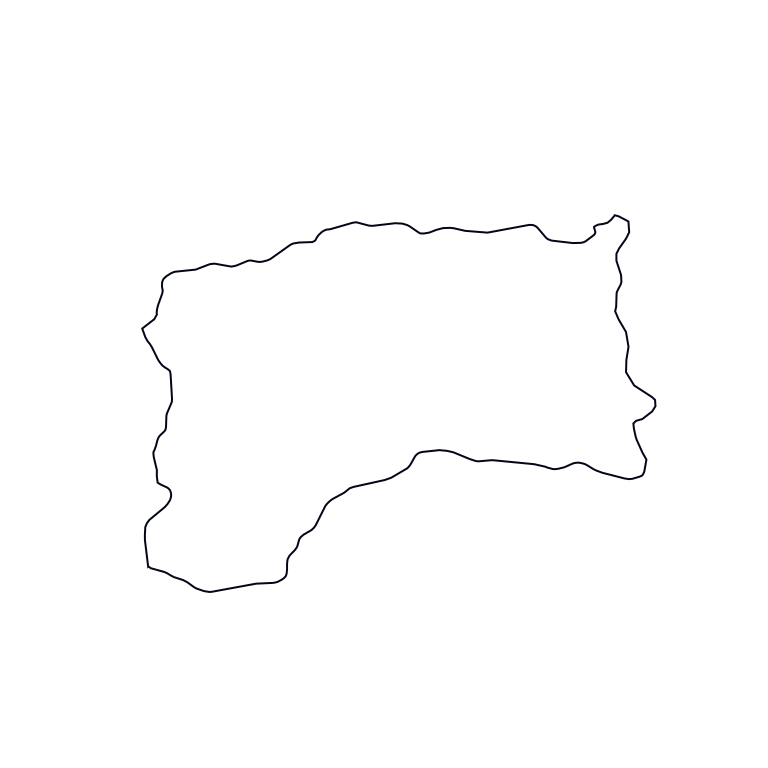 map outline of Salto (Robinson projection), rotated 157°
{"feature_id": "URY-10", "entity_name": "Salto", "entity_type": "Department", "adm_level": 1, "iso_a3": "URY", "parent_name": "Uruguay", "parent_adm1": "", "projection": "robinson", "projection_center": [-57.006, -31.312], "detail": "fine", "context": "isolated", "style": "outline", "palette": "ink", "viewbox_px": 768, "rotation_deg": 157, "n_neighbors": 0, "source": "natural_earth", "source_scale": "10m", "svg_char_len": 3272}
<svg xmlns="http://www.w3.org/2000/svg" viewBox="0 0 768 768"><g transform="rotate(157 384 384)"><path d="M166.4,251.6L169.9,250.2L171.4,245.2L172.9,237.3L173.2,233.8L172.9,220.0L172.0,211.8L178.7,201.6L180.1,200.3L182.0,198.9L184.8,198.8L192.5,199.7L195.6,200.7L199.4,203.0L217.6,216.9L222.3,221.3L224.4,223.7L229.1,230.3L230.4,231.8L232.3,233.4L235.6,235.6L238.2,236.5L240.7,237.0L250.6,236.9L256.3,237.8L259.3,238.6L261.6,239.6L266.2,243.2L267.9,244.9L277.1,251.5L314.1,271.6L327.5,276.0L329.7,277.3L333.8,280.9L334.0,281.0L346.8,294.0L352.2,297.9L358.9,301.5L375.7,306.6L378.5,306.9L380.4,306.6L382.0,306.1L383.5,305.4L391.1,299.5L393.8,298.0L395.6,297.3L414.0,294.9L420.7,295.3L452.4,301.2L456.4,301.4L463.0,299.5L476.5,298.2L479.9,297.3L483.0,296.1L485.6,294.7L502.0,280.7L504.6,279.1L507.8,277.9L517.1,276.7L520.4,275.6L521.8,274.8L523.0,273.8L527.0,268.7L528.2,267.6L531.0,265.9L537.3,263.3L538.6,262.5L541.0,260.5L542.0,259.1L543.6,256.1L545.7,251.2L547.3,248.2L548.3,246.8L549.4,245.6L551.4,244.6L554.1,243.9L559.2,243.4L562.0,243.8L564.2,244.4L579.8,250.2L624.1,260.1L626.0,260.8L630.6,263.7L636.3,268.8L638.3,271.3L642.4,278.2L645.6,282.1L652.8,288.3L654.8,290.7L657.6,294.6L659.8,296.9L670.2,305.2L670.5,305.4L672.1,308.0L672.5,307.9L665.0,333.9L663.0,338.7L659.6,345.6L656.7,348.4L653.1,350.6L633.7,356.4L630.0,358.2L626.1,360.9L624.0,363.6L622.9,365.9L622.6,367.8L622.5,369.8L623.1,371.8L624.1,373.5L628.5,378.3L630.9,381.6L629.2,387.8L626.7,393.5L624.6,406.1L623.7,409.4L622.7,411.6L621.4,412.6L618.0,416.2L615.2,420.0L613.4,422.0L611.7,423.4L610.2,424.2L605.0,426.1L603.0,427.3L601.5,429.5L596.8,439.6L595.5,441.5L586.4,450.3L585.1,452.7L576.8,475.9L576.0,479.3L576.5,480.8L577.3,482.2L579.2,484.8L580.8,487.7L581.8,491.0L582.5,494.7L583.3,508.7L583.9,512.4L584.9,515.8L585.4,520.3L584.9,529.5L570.2,533.4L566.0,536.6L565.4,538.4L563.9,541.2L561.4,544.6L552.9,553.8L551.2,556.3L550.4,560.0L549.8,561.6L548.4,564.4L547.1,565.9L545.5,567.1L541.9,568.3L537.3,569.1L534.2,569.2L532.5,569.0L512.7,562.9L498.3,562.4L496.4,562.1L492.8,560.9L478.8,551.8L476.5,551.2L473.4,550.7L461.7,550.6L459.8,550.3L458.1,549.6L452.6,545.9L450.7,544.9L448.0,544.1L443.3,543.4L439.9,543.4L415.8,548.7L412.6,548.8L406.9,547.4L394.6,542.7L392.5,542.7L390.7,543.3L389.5,544.4L387.8,545.6L385.7,546.8L381.9,548.2L379.2,548.6L376.7,548.6L373.1,547.5L349.5,544.6L346.3,543.7L336.0,535.7L332.9,534.1L310.8,527.6L304.5,524.5L300.7,521.4L298.7,519.0L292.6,509.4L291.2,508.1L288.3,506.9L283.2,505.7L275.3,505.4L268.6,504.4L261.9,501.8L258.9,500.1L249.5,493.3L229.6,482.9L188.5,473.8L186.5,473.0L185.0,472.2L183.8,471.2L182.7,469.9L181.9,468.5L181.3,466.9L177.7,455.3L176.9,453.8L175.9,452.6L173.5,450.4L155.0,439.9L147.6,437.0L144.8,436.5L142.6,436.6L132.3,439.2L131.0,440.0L130.1,441.3L129.8,443.0L129.5,446.2L129.4,446.4L129.1,446.6L127.7,446.9L124.5,447.0L119.7,445.7L115.3,445.1L111.1,446.3L106.6,448.6L105.7,449.2L102.4,446.6L95.5,438.1L99.0,427.9L104.3,423.3L114.8,416.8L119.2,413.0L121.9,406.7L123.2,391.7L125.7,384.9L127.7,382.7L132.3,379.0L134.3,376.9L140.1,364.4L142.8,360.6L142.8,352.0L140.9,337.3L144.4,322.7L151.4,311.6L156.6,300.3L154.3,284.9L142.4,267.2L140.7,263.4L142.8,257.5L148.0,253.9L159.9,250.8L166.4,251.6Z" fill="none" stroke="#020617" stroke-width="2"/></g></svg>